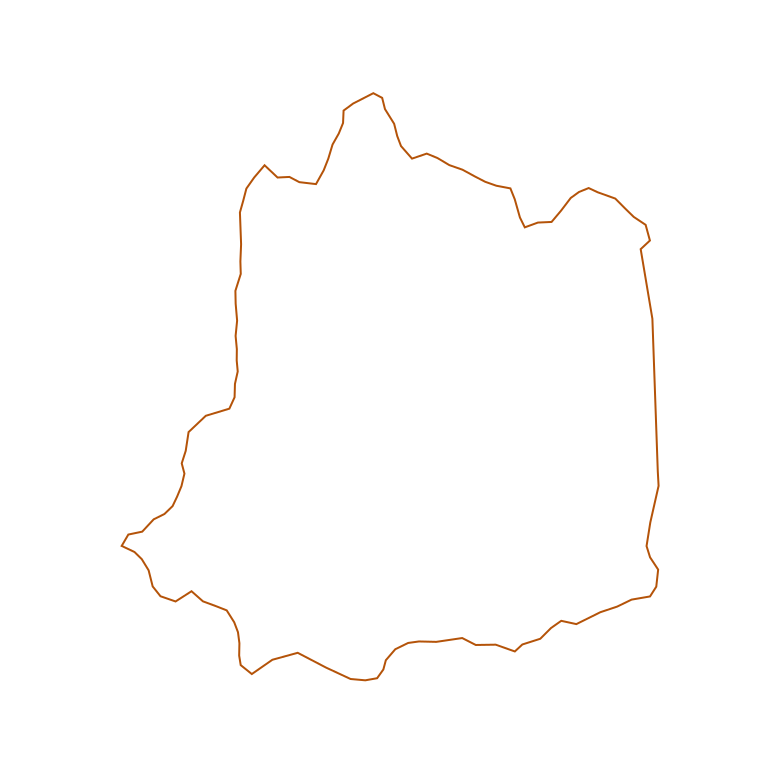 Espírito Santo do Turvo, São Paulo, Brazil (Albers equal-area conic projection), rotated 259°
{"feature_id": "56859067B99207241382744", "entity_name": "Espírito Santo do Turvo", "entity_type": "district", "adm_level": 2, "iso_a3": "BRA", "parent_name": "Brazil", "parent_adm1": "São Paulo", "projection": "albers", "projection_center": [-49.425, -22.663], "detail": "fine", "context": "isolated", "style": "outline", "palette": "amber", "viewbox_px": 768, "rotation_deg": 259, "n_neighbors": 0, "source": "geoboundaries", "source_scale": "gbopen_adm2", "svg_char_len": 1638}
<svg xmlns="http://www.w3.org/2000/svg" viewBox="0 0 768 768"><g transform="rotate(259 384 384)"><path d="M621.5,308.5L611.5,296.0L602.1,286.2L590.6,280.7L579.9,275.3L548.5,270.4L531.7,266.4L519.4,264.4L503.8,255.9L491.1,253.7L474.2,251.9L459.5,247.5L446.3,246.2L435.2,243.9L424.2,242.8L412.5,237.7L399.5,234.8L389.3,227.5L386.8,203.0L374.1,183.0L356.2,176.6L344.7,170.3L334.1,171.0L322.4,165.7L312.9,159.4L304.5,153.2L298.3,143.7L295.1,132.1L285.2,118.5L285.0,104.3L275.1,95.6L266.7,107.0L258.3,112.8L246.0,117.4L229.4,118.3L218.3,124.1L210.3,137.9L217.3,155.5L205.2,164.8L197.6,177.3L191.8,186.4L178.7,191.5L168.2,193.3L157.1,192.6L145.0,190.0L135.4,189.7L124.5,198.9L134.6,221.8L136.6,248.0L116.6,273.1L100.8,294.9L96.7,309.1L96.5,321.1L103.9,328.9L112.5,333.1L121.5,344.5L125.2,358.3L124.6,369.2L120.9,386.1L119.7,412.3L110.3,424.3L106.8,443.9L96.5,461.4L101.9,470.1L104.1,488.8L112.6,501.4L117.7,512.8L111.6,527.0L118.7,552.8L121.0,570.4L125.1,585.9L124.7,604.6L133.1,612.6L149.5,617.7L163.1,612.1L174.8,610.8L197.3,619.0L231.6,634.1L246.1,636.1L396.8,659.9L467.4,661.7L474.1,672.4L490.3,671.2L500.4,661.0L510.4,654.1L521.9,646.4L531.4,630.4L537.3,622.3L535.3,612.1L531.0,602.8L520.3,590.8L511.1,579.4L513.1,565.9L510.9,552.1L521.5,549.2L540.4,547.6L551.9,545.4L557.2,532.1L563.2,521.9L570.4,512.8L579.4,501.9L586.4,489.9L595.6,479.6L602.0,469.9L599.9,454.5L614.3,446.1L624.8,444.3L637.5,443.6L653.7,437.4L665.2,436.8L671.5,429.0L665.2,407.2L660.1,396.5L648.0,393.6L638.5,387.4L628.9,379.2L615.8,372.3L605.3,365.6L593.2,355.4L598.3,339.4L605.3,330.7L607.0,318.9L621.5,308.5Z" fill="none" stroke="#b45309" stroke-width="2"/></g></svg>